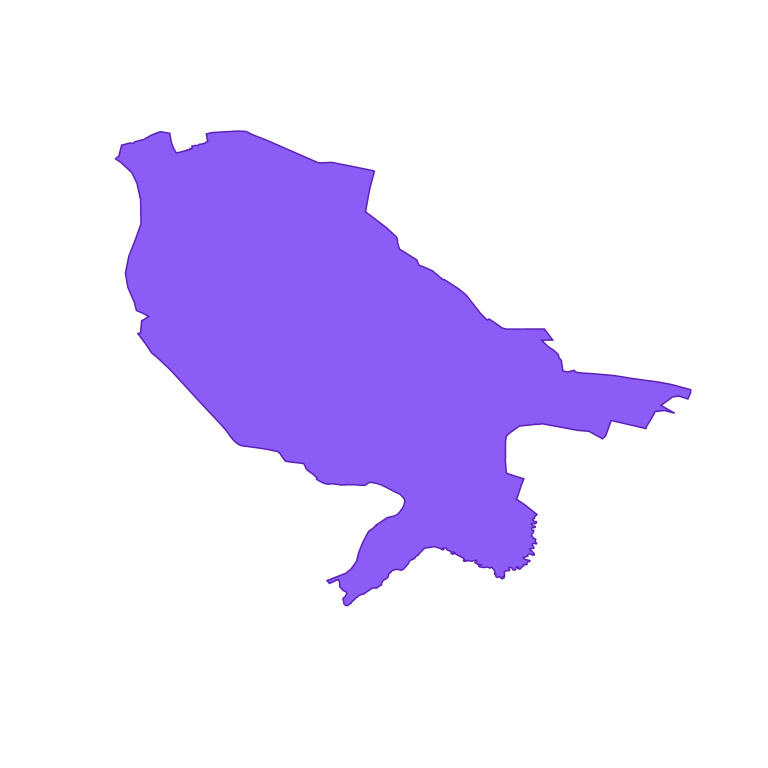 Kuldīga, Kuldigas, Latvia, rotated 190°
{"feature_id": "27541924B54151317600079", "entity_name": "Kuldīga", "entity_type": "district", "adm_level": 2, "iso_a3": "LVA", "parent_name": "Latvia", "parent_adm1": "Kuldigas", "projection": "natural_earth1", "projection_center": [21.956, 56.971], "detail": "fine", "context": "isolated", "style": "filled", "palette": "violet", "viewbox_px": 768, "rotation_deg": 190, "n_neighbors": 0, "source": "geoboundaries", "source_scale": "gbopen_adm2", "svg_char_len": 6140}
<svg xmlns="http://www.w3.org/2000/svg" viewBox="0 0 768 768"><g transform="rotate(190 384 384)"><path d="M430.4,591.7L431.6,592.2L473.9,593.2L486.6,590.4L487.3,590.5L542.3,603.8L555.9,606.5L563.6,608.8L572.1,607.7L597.2,601.7L602.4,599.4L599.8,592.2L601.3,591.1L601.9,590.1L604.4,589.2L604.9,588.6L607.1,588.2L608.5,586.8L609.9,586.3L611.4,586.2L613.3,585.0L614.1,585.3L614.5,585.1L614.0,582.8L614.6,582.1L615.2,581.8L615.8,582.4L616.0,582.3L616.1,581.0L616.7,580.6L617.5,580.7L619.2,580.1L619.2,579.5L619.7,579.0L620.6,579.0L626.1,576.5L628.8,575.6L632.5,580.1L634.8,584.0L635.8,586.1L638.5,593.7L647.9,593.7L651.2,591.9L656.0,588.9L658.0,587.4L658.6,586.7L661.3,584.7L661.9,583.7L671.6,579.2L672.8,577.4L676.2,577.2L683.9,573.6L684.7,562.0L685.2,561.9L687.5,559.1L681.5,556.4L669.1,548.4L662.2,538.9L655.7,523.2L651.1,499.6L653.8,483.8L657.5,465.4L657.9,448.2L653.1,434.8L644.1,421.2L640.6,413.4L633.9,411.8L627.5,409.7L631.8,405.6L633.7,404.3L632.6,392.2L635.1,390.9L626.8,383.1L622.0,378.3L618.1,374.1L613.5,371.6L607.5,367.8L600.0,362.9L593.8,358.5L562.4,334.4L537.5,315.7L531.4,310.8L527.1,306.6L523.5,303.3L520.1,300.9L516.4,299.1L515.1,298.7L512.8,298.5L496.7,299.2L485.8,299.3L476.9,299.0L475.6,298.4L474.6,297.6L468.2,291.2L466.2,290.8L449.3,291.7L447.2,289.1L446.8,288.1L445.3,286.4L444.3,285.7L437.6,282.5L436.3,281.4L434.1,280.4L433.8,279.6L434.0,278.6L431.8,277.6L428.2,276.4L424.8,275.6L421.6,275.6L416.8,276.9L413.5,276.8L412.2,277.2L409.5,276.9L405.3,277.7L402.9,278.5L401.4,278.5L398.8,279.1L393.6,279.9L389.8,280.1L385.2,280.9L384.7,281.2L381.6,284.4L377.8,285.0L372.9,284.7L369.4,284.2L364.4,282.8L355.5,279.9L349.0,278.2L344.1,274.5L343.0,271.5L343.6,266.5L346.2,260.9L348.3,257.7L351.4,255.6L357.5,253.0L367.3,243.8L366.7,243.5L368.2,242.1L370.4,239.3L373.1,236.8L374.1,234.7L377.4,224.3L379.6,213.8L380.3,204.6L384.1,196.5L388.6,191.1L406.0,180.5L403.1,178.1L395.2,183.4L393.8,182.0L393.3,181.2L392.4,176.7L388.6,173.6L385.7,172.9L384.6,172.1L384.4,170.9L385.2,168.2L386.8,166.1L387.1,164.8L385.7,162.5L385.4,160.7L384.1,159.6L382.9,159.2L381.8,159.3L380.8,160.0L380.2,160.8L378.8,162.0L376.7,165.5L375.6,166.5L374.4,168.7L373.1,169.5L372.0,171.3L370.5,172.4L368.3,173.2L367.0,174.1L364.9,176.4L363.1,177.9L360.1,180.8L358.6,181.4L357.0,181.5L355.6,181.8L353.3,184.4L351.8,185.4L351.5,185.8L351.8,187.0L351.6,188.2L351.0,189.5L350.2,190.9L347.8,192.7L346.9,193.9L346.3,195.0L346.5,197.1L346.1,198.1L344.5,199.8L343.6,201.5L340.8,203.2L338.4,203.8L335.0,203.6L334.1,203.9L332.5,205.2L329.6,209.9L328.6,212.0L328.2,213.5L327.6,214.9L325.2,216.2L323.9,217.4L323.1,218.3L322.9,219.3L322.5,220.0L321.1,221.0L320.2,222.0L319.7,223.4L317.7,226.1L316.3,228.4L315.0,229.5L306.3,232.5L304.2,232.5L302.4,232.0L300.6,232.1L298.1,230.9L297.3,230.9L296.6,231.3L297.6,232.0L296.4,233.0L294.7,233.1L294.1,232.9L293.0,231.6L292.3,231.3L291.5,231.1L289.8,231.1L289.1,230.8L288.6,230.3L288.6,229.0L287.9,228.6L286.8,228.4L286.0,228.6L285.8,229.0L286.6,230.5L285.7,230.5L284.9,230.2L284.2,229.3L283.5,228.8L275.4,226.2L275.0,225.9L274.9,225.4L275.1,224.0L274.9,223.7L274.3,223.4L273.3,223.4L272.7,223.6L273.3,224.5L268.0,224.6L266.7,224.9L262.4,226.6L262.1,226.4L262.2,224.5L263.5,224.2L263.4,224.0L260.5,222.7L256.9,222.8L256.9,222.6L258.8,221.7L259.1,221.3L259.0,220.9L257.7,220.5L254.7,220.5L252.9,220.8L250.4,221.7L247.7,221.1L247.3,221.3L246.7,222.2L246.3,222.4L243.6,220.3L242.4,218.8L242.2,218.4L242.3,216.4L242.1,215.9L241.9,215.7L241.0,215.9L240.8,215.4L240.6,214.2L240.3,213.8L239.1,213.2L238.6,213.3L237.0,214.3L236.4,214.1L234.5,212.7L233.8,212.7L232.2,213.8L233.5,214.7L231.9,215.3L232.0,216.2L232.4,218.3L233.0,219.5L232.7,220.1L232.0,220.7L230.1,221.7L228.2,221.9L228.0,222.4L228.1,223.1L229.2,224.5L229.1,225.0L228.2,225.2L226.2,225.0L224.4,223.3L223.2,223.4L222.4,223.8L222.1,224.3L222.2,225.7L222.1,226.2L221.7,226.6L219.8,227.0L220.2,225.6L218.7,225.2L218.2,225.3L216.8,226.8L216.0,228.4L214.7,229.4L215.1,230.3L214.6,230.6L212.5,230.8L211.9,231.1L211.8,231.6L212.4,232.8L212.4,233.1L212.1,233.5L209.8,234.6L209.4,235.1L209.7,235.4L215.1,235.9L216.4,236.8L216.7,237.3L216.3,237.6L214.2,238.5L213.9,238.9L212.5,239.4L213.0,240.2L212.7,240.9L212.0,241.7L211.4,242.0L210.6,242.0L207.9,241.3L207.1,241.3L206.6,241.5L206.3,242.1L206.5,242.8L207.9,244.1L209.4,245.1L211.7,246.0L211.9,246.4L211.5,247.1L208.3,248.0L207.9,248.4L207.9,248.7L208.1,249.2L210.0,251.2L210.3,251.7L210.1,252.2L209.2,252.9L208.7,253.1L206.5,252.9L206.1,253.0L206.0,253.3L206.0,253.7L206.3,254.0L207.1,254.3L207.9,255.5L208.0,255.9L207.5,257.1L207.9,257.5L210.8,258.7L212.2,260.4L212.6,261.2L212.5,261.7L211.6,262.8L211.2,264.0L211.0,265.1L211.2,266.0L212.4,265.6L213.0,265.9L213.4,266.3L213.5,267.2L213.4,267.9L212.9,268.4L211.4,268.5L210.5,268.8L210.2,269.3L210.2,269.7L210.4,270.0L211.8,269.9L213.1,270.5L214.4,271.3L214.7,271.7L214.5,272.1L213.9,272.4L212.9,272.6L211.4,272.3L209.9,273.5L209.8,274.3L210.3,275.0L211.6,274.6L213.5,275.5L214.1,276.0L214.2,276.5L214.0,276.9L212.4,277.7L212.3,278.0L212.9,278.9L212.7,279.5L210.7,281.8L210.6,282.0L224.5,289.6L232.6,293.1L233.9,293.3L233.0,295.4L231.2,308.0L229.8,314.9L240.6,316.3L247.4,317.3L248.4,318.8L251.4,330.5L251.3,331.1L254.3,348.2L254.5,354.2L250.9,358.4L243.4,366.1L227.5,370.6L223.0,371.6L221.8,372.3L184.9,372.0L173.9,373.0L159.3,368.0L156.7,371.3L153.9,387.5L118.2,385.6L118.1,386.0L118.3,387.1L114.0,398.2L112.2,403.9L103.2,406.6L92.6,405.7L107.5,411.0L97.5,421.4L91.3,423.3L82.1,422.0L80.5,429.1L80.7,429.4L80.9,431.6L100.8,433.4L113.4,433.6L141.7,432.5L158.8,432.3L178.1,430.6L190.2,429.3L195.0,429.0L197.6,429.1L198.8,430.5L202.1,429.3L204.1,428.1L205.4,427.7L210.1,428.0L213.5,438.1L214.3,438.8L216.0,440.0L217.5,443.2L222.5,446.6L229.0,449.4L236.4,454.5L225.5,456.6L235.6,466.0L273.2,459.3L277.4,459.7L289.2,465.2L292.0,466.2L293.3,464.9L294.6,465.6L301.1,470.2L318.4,485.8L327.1,490.7L342.5,497.2L344.2,497.1L355.8,503.8L367.1,506.6L369.4,506.7L370.1,507.3L372.1,509.9L373.0,511.4L373.1,511.8L392.2,519.6L395.3,525.8L395.6,528.0L397.3,531.0L408.7,538.3L431.2,550.0L432.1,550.0L432.0,568.9L431.9,574.3L430.4,591.7Z" fill="#8b5cf6" stroke="#5b21b6" stroke-width="1.5"/></g></svg>